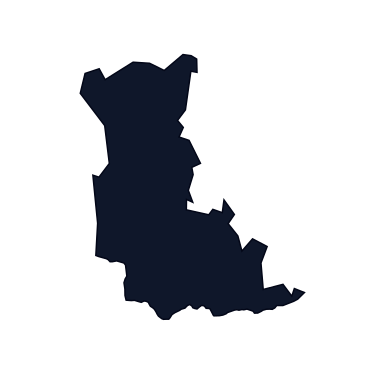 the district of Mitchell, North Carolina, United States of America, rotated 197°
{"feature_id": "52423323B85327388246138", "entity_name": "Mitchell", "entity_type": "district", "adm_level": 2, "iso_a3": "USA", "parent_name": "United States of America", "parent_adm1": "North Carolina", "projection": "albers", "projection_center": [-82.222, 35.991], "detail": "fine", "context": "isolated", "style": "filled", "palette": "ink", "viewbox_px": 384, "rotation_deg": 197, "n_neighbors": 0, "source": "geoboundaries", "source_scale": "gbopen_adm2", "svg_char_len": 1633}
<svg xmlns="http://www.w3.org/2000/svg" viewBox="0 0 384 384"><g transform="rotate(197 192 192)"><path d="M177.0,63.6L176.3,65.2L175.3,68.9L173.1,71.6L169.0,75.4L168.6,76.1L168.0,76.8L167.2,77.3L164.8,78.9L163.7,81.1L163.0,82.3L161.1,83.8L158.4,82.7L157.5,81.6L155.6,81.4L153.0,81.6L151.2,84.4L149.7,86.3L147.8,86.7L146.4,86.3L144.5,84.9L141.6,85.6L140.5,85.4L135.4,80.2L134.8,80.0L129.7,81.7L126.4,83.4L123.7,85.6L122.8,87.1L116.8,91.5L114.8,92.5L112.5,92.7L109.9,94.2L108.0,94.5L105.2,96.1L98.9,95.9L97.9,95.3L96.9,94.4L93.7,95.5L90.4,98.6L90.1,99.4L86.5,101.7L83.5,102.7L80.9,103.3L78.9,105.4L77.8,108.2L71.9,110.0L62.8,117.2L59.6,120.4L55.1,128.7L65.9,129.6L66.1,121.6L78.0,130.3L95.4,119.6L105.3,144.3L104.2,161.8L120.4,164.9L127.0,150.1L135.3,163.4L148.2,172.3L144.9,182.9L159.1,193.8L157.0,181.1L167.0,181.5L169.3,175.1L192.2,173.3L195.1,183.3L188.3,182.4L196.0,192.5L196.0,208.9L199.4,215.5L192.3,221.9L209.9,240.5L220.5,240.8L219.2,251.2L226.8,256.2L222.3,268.6L228.4,307.2L222.2,307.9L226.4,320.5L232.7,322.1L240.8,320.8L254.1,300.1L270.2,302.7L286.3,298.9L307.9,274.0L316.8,282.7L328.9,274.1L327.7,253.7L294.9,230.0L279.4,195.1L285.3,179.0L291.7,179.1L273.1,134.5L265.4,103.2L262.2,103.0L254.4,103.2L252.4,102.8L250.0,101.4L247.7,102.1L243.9,104.1L236.4,104.2L234.2,102.7L229.7,92.5L230.5,89.3L230.5,85.3L227.8,79.6L225.8,73.4L223.4,69.3L218.4,70.4L215.3,71.6L210.1,71.6L208.2,71.7L207.2,72.6L206.1,73.7L204.0,74.1L201.7,73.8L201.0,73.3L200.4,72.5L198.4,70.6L195.9,69.9L193.7,68.9L191.3,66.8L189.7,65.1L187.8,63.5L183.8,62.0L182.1,61.9L179.3,62.9L177.0,63.6Z" fill="#0f172a" stroke="#020617" stroke-width="1.5"/></g></svg>